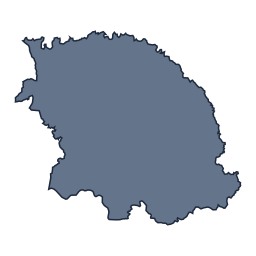 São Francisco de Assis, Rio Grande do Sul, Brazil
{"feature_id": "56859067B81817993019000", "entity_name": "São Francisco de Assis", "entity_type": "district", "adm_level": 2, "iso_a3": "BRA", "parent_name": "Brazil", "parent_adm1": "Rio Grande do Sul", "projection": "mercator", "projection_center": [-55.147, -29.45], "detail": "fine", "context": "isolated", "style": "filled", "palette": "slate", "viewbox_px": 256, "rotation_deg": 0, "n_neighbors": 0, "source": "geoboundaries", "source_scale": "gbopen_adm2", "svg_char_len": 5700}
<svg xmlns="http://www.w3.org/2000/svg" viewBox="0 0 256 256"><path d="M124.8,218.9L125.9,218.5L126.9,218.8L128.1,218.4L127.8,216.3L129.9,214.0L127.6,212.4L128.2,211.4L129.8,211.4L130.3,210.1L131.9,209.0L131.4,207.9L130.7,207.0L131.1,206.0L132.4,205.2L134.1,205.0L137.4,205.5L139.7,206.5L140.5,205.6L139.7,201.9L140.7,201.2L141.7,200.9L143.4,201.9L146.5,205.6L146.0,210.5L148.9,213.7L150.4,214.0L151.1,214.8L151.2,216.0L150.6,217.1L150.8,218.1L154.6,218.4L155.2,220.0L155.9,221.2L157.9,222.7L161.5,222.6L162.7,223.1L165.7,223.2L167.6,224.7L170.9,224.1L173.5,222.9L175.0,220.7L176.3,221.4L177.3,221.7L178.3,220.8L177.2,218.9L177.6,217.9L180.2,219.3L181.3,219.6L183.3,219.2L184.3,218.1L186.2,216.9L187.0,216.0L188.2,213.6L189.2,212.3L190.8,212.3L192.7,213.4L193.0,210.7L194.2,209.5L195.6,207.1L198.3,207.1L201.0,208.9L203.5,207.9L207.3,207.1L208.5,207.2L210.6,208.1L212.9,209.8L216.0,209.7L216.9,207.9L217.8,207.0L218.2,204.9L220.0,206.6L222.1,207.1L223.7,208.1L225.0,208.1L227.5,204.5L227.0,202.3L226.8,200.5L227.3,198.0L229.2,196.8L230.1,197.7L231.1,197.9L232.7,195.7L234.0,195.0L234.3,193.6L235.7,192.6L235.4,191.5L236.8,190.3L237.8,190.4L238.7,189.4L238.6,187.9L240.2,186.3L240.6,185.2L240.1,184.2L240.5,182.8L239.5,182.0L238.0,181.3L238.2,180.0L236.4,175.2L236.8,174.1L238.2,173.6L237.8,172.0L236.3,171.8L234.8,173.3L233.8,172.7L233.3,174.4L232.2,174.3L230.9,174.5L228.4,172.6L227.3,173.9L224.9,174.2L224.1,173.5L223.8,172.3L222.5,170.8L223.3,168.4L222.5,167.3L221.6,165.4L219.7,165.0L218.8,164.1L217.3,164.7L216.2,164.2L215.6,163.2L215.3,162.2L215.7,160.3L215.8,158.5L216.4,157.3L218.5,156.9L219.8,156.2L220.5,153.9L221.9,153.8L222.9,152.0L223.8,152.7L224.4,151.9L223.5,149.7L224.4,148.7L223.4,147.5L224.1,146.7L223.6,145.3L225.2,144.3L225.0,142.7L222.9,142.5L222.0,141.7L221.4,140.3L219.3,138.0L219.1,135.6L220.4,134.2L219.2,133.0L217.9,133.5L218.2,132.0L219.2,131.5L218.5,128.4L218.6,126.6L219.0,125.5L218.1,124.5L216.3,123.3L216.3,121.9L214.9,119.2L214.6,117.7L213.5,116.6L213.5,114.8L212.9,114.0L214.4,111.1L212.9,110.3L213.8,109.7L214.0,108.2L212.3,107.6L212.6,105.8L210.9,105.1L211.8,104.5L211.1,103.3L208.4,101.4L208.2,99.4L206.9,98.0L205.3,95.9L204.9,94.4L204.3,93.3L204.9,92.3L204.6,90.7L203.3,90.2L202.8,88.9L200.8,87.2L198.9,87.5L196.0,84.4L195.1,83.0L194.1,82.3L192.5,80.2L191.3,80.7L190.2,82.0L187.8,77.9L184.0,77.8L183.0,77.2L182.7,74.7L183.4,73.4L182.5,72.5L181.0,70.5L181.2,69.2L180.6,68.1L180.2,66.6L179.6,65.4L178.5,64.4L175.8,64.3L174.8,63.0L173.4,62.2L172.6,61.1L171.4,60.7L170.0,60.6L169.5,59.5L168.9,56.6L166.5,56.2L164.5,56.4L164.0,54.1L164.5,51.8L163.3,52.3L162.0,53.4L160.6,53.3L161.7,52.1L161.4,49.6L160.2,49.6L158.6,51.9L157.2,52.0L155.7,50.1L157.2,47.3L156.9,45.9L155.7,45.4L154.9,44.5L152.5,44.9L148.1,44.1L146.8,42.1L146.7,40.8L145.8,40.0L145.0,39.0L143.4,38.9L141.9,40.6L140.3,41.3L137.6,40.8L136.2,39.0L135.6,40.0L134.1,40.7L133.9,37.3L132.8,35.5L130.0,35.8L126.4,34.4L125.7,33.3L124.0,34.9L122.6,35.1L120.9,33.9L119.9,36.5L118.8,37.4L117.4,36.2L117.1,34.2L116.0,34.4L114.4,32.3L112.9,34.2L112.5,38.6L111.6,39.2L110.4,39.4L109.4,39.3L108.5,38.1L107.9,36.5L106.2,36.6L104.7,37.7L103.7,35.8L104.4,34.2L105.7,34.3L104.7,33.1L103.3,31.7L100.8,32.6L98.2,34.2L98.1,32.8L95.8,33.6L95.2,31.3L94.2,31.7L92.7,31.9L90.9,33.5L89.1,34.5L87.9,35.5L87.8,36.7L86.4,38.7L84.6,37.6L83.1,38.5L81.8,38.3L81.1,39.6L80.1,39.4L78.6,40.4L76.8,40.5L75.7,40.9L74.4,40.9L73.2,40.5L72.7,38.3L71.7,38.6L70.1,37.4L70.6,38.6L69.2,39.2L69.0,40.9L67.2,41.5L65.5,42.3L64.2,43.6L62.7,44.0L61.2,43.5L60.1,43.6L59.5,41.9L60.1,40.8L59.9,38.3L58.1,38.7L57.2,37.5L54.3,38.1L54.2,39.3L53.6,40.7L52.6,41.2L52.1,42.7L52.6,47.0L51.0,48.8L49.9,49.2L47.3,47.9L46.0,46.6L45.9,44.3L44.9,44.2L44.1,45.2L45.0,46.7L43.8,49.1L41.4,48.2L41.2,47.1L41.5,42.4L42.9,41.1L43.5,40.2L43.9,37.9L42.5,37.1L41.5,37.3L40.9,39.0L36.3,39.6L34.4,40.7L32.9,38.8L31.5,40.3L28.2,40.1L26.8,38.8L26.5,37.6L25.5,37.9L24.2,40.4L22.8,40.8L25.3,43.0L28.6,45.5L29.5,47.8L29.6,50.2L30.4,52.9L31.2,54.3L31.7,56.7L34.1,58.6L34.3,60.0L35.1,61.3L35.8,64.0L35.2,65.0L35.6,67.1L35.3,68.4L36.0,69.4L36.6,71.2L36.3,73.1L36.5,74.6L37.1,75.6L36.7,77.2L36.7,80.6L35.1,80.6L33.7,80.1L32.9,79.4L30.9,78.7L29.9,79.4L27.5,79.3L22.9,81.8L23.5,83.1L23.0,84.1L23.3,87.3L21.9,88.2L21.8,91.9L19.2,93.7L17.7,95.9L16.7,96.5L15.4,97.8L15.6,100.3L15.4,101.9L17.6,101.6L19.0,101.1L20.9,101.4L22.1,101.1L23.1,100.2L25.6,99.3L27.3,98.5L27.7,99.6L28.8,99.0L29.0,96.9L30.9,95.9L32.3,95.5L33.1,97.6L32.5,102.5L32.1,103.5L29.4,108.0L30.2,108.5L30.9,109.7L31.8,110.1L39.2,110.7L41.5,118.6L42.9,119.2L43.4,120.5L44.5,121.7L42.8,123.4L43.8,123.9L44.9,124.9L46.3,125.3L48.3,124.5L48.8,126.1L48.1,127.6L49.6,127.7L50.5,128.2L51.8,127.3L52.9,128.1L54.5,127.1L54.0,128.6L54.6,129.7L55.6,129.9L54.9,131.2L52.8,130.9L52.1,131.8L52.7,133.5L54.1,135.1L53.4,136.4L54.1,137.2L54.8,138.3L56.0,139.1L57.4,138.3L58.4,139.4L58.3,138.1L59.4,138.1L60.4,136.9L61.9,138.0L60.9,139.3L60.7,140.4L59.2,142.3L59.2,143.8L60.0,146.8L61.4,148.5L63.5,150.2L63.7,152.0L64.7,153.0L65.1,154.7L64.2,156.6L64.3,158.2L62.0,159.2L61.1,158.4L60.2,158.2L58.8,158.7L58.0,159.5L57.7,160.9L59.1,162.0L59.1,163.2L58.2,163.5L56.8,164.7L55.3,165.5L53.7,166.9L52.6,167.3L52.5,169.5L52.0,173.2L50.6,173.8L50.8,177.7L48.7,189.3L50.8,188.3L51.8,188.3L53.8,189.0L56.3,191.0L61.9,197.2L65.8,199.2L67.3,198.8L70.3,195.7L71.3,195.2L76.1,195.1L79.0,191.4L80.6,190.2L82.2,189.9L83.4,190.1L84.5,190.7L86.0,190.7L87.5,190.0L90.3,190.2L92.5,191.1L93.2,192.0L94.4,195.4L95.0,196.2L95.9,196.6L98.8,195.2L100.5,195.6L102.4,197.0L102.3,202.5L104.3,205.5L107.8,208.0L108.7,210.6L108.9,212.3L108.0,217.2L108.2,218.5L109.2,219.5L115.7,219.8L119.9,219.7L123.2,218.8L124.8,218.9Z" fill="#64748b" stroke="#1e293b" stroke-width="1.5"/></svg>